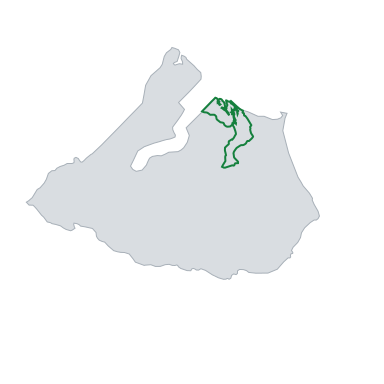 Senegal, with Fatick highlighted, rotated 134°
{"feature_id": "SEN-764", "entity_name": "Fatick", "entity_type": "Region", "adm_level": 1, "iso_a3": "SEN", "parent_name": "Senegal", "parent_adm1": "", "projection": "equal_earth", "projection_center": [-16.406, 14.163], "detail": "fine", "context": "in_parent", "style": "outline", "palette": "green", "viewbox_px": 384, "rotation_deg": 134, "n_neighbors": 0, "source": "natural_earth", "source_scale": "10m", "svg_char_len": 7042}
<svg xmlns="http://www.w3.org/2000/svg" viewBox="0 0 384 384"><g transform="rotate(134 192 192)"><path d="M278.0,175.4L281.8,184.0L281.0,188.1L280.2,194.1L282.4,198.5L284.9,201.3L286.7,204.0L288.6,207.6L289.0,214.8L288.7,220.0L290.0,222.3L291.1,225.3L290.9,227.8L290.2,230.0L287.8,232.9L287.4,238.3L291.4,244.8L293.9,248.4L293.9,250.4L294.6,252.6L296.4,255.3L297.5,254.6L298.8,252.5L299.3,251.0L302.7,251.7L304.2,252.4L306.4,256.6L307.2,259.5L307.7,263.1L310.0,267.5L312.0,270.7L312.4,272.6L314.1,275.3L313.1,281.2L313.2,284.2L312.1,292.2L311.9,295.9L312.0,297.3L314.6,300.1L314.4,304.1L311.7,303.4L307.0,303.0L297.7,305.1L294.5,304.2L288.3,304.5L284.0,305.6L278.4,308.2L274.1,307.6L271.8,305.5L268.7,305.7L265.3,304.6L261.6,302.6L258.2,301.6L254.6,297.9L252.9,297.3L251.7,298.2L250.7,299.5L249.6,300.2L247.7,299.5L246.9,297.1L247.5,294.7L247.7,292.8L246.8,291.8L244.5,291.5L241.0,291.5L235.2,290.8L233.9,290.3L221.0,289.7L207.6,289.6L196.2,289.5L181.9,289.5L171.9,289.4L162.5,289.4L155.2,294.2L147.4,299.5L136.8,302.3L124.7,301.3L120.8,302.1L116.8,304.4L113.8,306.1L109.6,307.1L104.2,306.3L102.0,306.8L100.7,304.4L99.1,300.5L100.1,297.6L103.4,295.8L108.4,293.4L111.0,294.6L112.5,294.7L112.8,293.1L112.3,292.3L108.5,290.2L106.6,287.5L105.0,289.1L103.6,292.5L102.4,293.5L100.8,294.4L99.8,292.1L99.4,289.9L100.2,288.1L99.8,278.4L100.2,273.3L100.0,268.7L102.3,265.8L104.6,263.9L113.2,263.7L121.3,263.6L129.1,263.7L137.0,263.8L137.8,254.8L140.3,254.0L144.0,253.1L151.0,252.0L158.8,251.0L160.5,249.2L161.8,246.2L162.6,243.5L164.2,242.4L166.4,243.3L169.2,244.7L172.2,246.9L175.6,248.9L177.9,250.1L183.3,253.3L192.6,257.8L200.2,259.5L209.5,256.3L216.1,254.2L216.9,250.3L215.9,246.5L210.9,243.1L204.2,243.5L202.1,244.4L199.0,245.5L197.1,246.0L193.9,245.2L189.8,242.2L187.3,239.2L183.7,237.7L179.5,236.3L172.7,230.1L169.2,229.0L165.9,228.7L159.5,229.9L153.2,233.2L149.9,240.8L143.6,240.7L130.3,240.4L118.1,240.2L108.0,240.7L107.0,235.2L104.6,230.9L100.7,227.2L99.9,223.7L101.2,220.7L104.9,218.2L105.8,216.5L103.8,216.7L100.9,218.3L98.9,218.4L98.7,213.6L95.4,207.5L91.7,197.1L87.5,192.8L84.0,184.4L80.3,181.1L76.9,179.6L74.0,179.9L73.0,183.8L69.4,178.3L74.3,176.3L84.8,169.3L96.9,149.5L107.7,126.0L109.1,120.5L110.4,116.3L111.3,106.7L112.8,101.0L114.3,99.9L116.1,95.5L118.3,87.9L120.8,83.6L123.6,82.8L125.8,83.1L127.4,84.7L131.9,85.7L139.5,86.1L145.3,84.9L149.4,82.3L154.8,80.9L161.5,80.9L165.0,79.8L165.4,77.6L166.2,76.9L167.6,77.8L169.0,77.4L170.2,75.9L171.4,75.8L172.6,77.1L178.3,77.5L188.3,77.0L197.5,81.0L206.0,89.6L210.4,95.3L210.7,98.2L212.1,101.1L214.7,104.0L217.0,104.5L219.1,102.7L220.8,102.9L222.0,105.1L224.4,105.6L227.1,104.2L229.0,104.7L229.3,106.0L229.8,106.7L231.1,107.0L232.9,108.7L235.3,113.3L237.4,119.7L239.0,127.8L241.0,132.3L243.6,133.0L245.1,134.7L245.4,136.6L246.1,138.0L247.3,138.7L249.5,138.2L252.0,141.0L254.8,147.0L255.2,149.7L254.8,151.2L255.0,152.2L256.8,153.3L258.5,155.2L259.9,158.2L262.9,160.8L267.5,163.1L270.9,166.5L272.9,171.1L277.2,174.9L278.0,175.4Z" fill="#d9dde1" stroke="#a8b0b8" stroke-width="1"/><path d="M115.3,209.6L113.4,209.5L112.3,209.0L112.4,207.8L111.7,208.3L111.5,209.0L111.6,209.8L112.1,210.4L111.6,210.7L111.2,210.7L110.8,210.5L110.3,210.4L110.0,210.5L109.8,210.9L109.7,211.4L109.6,211.9L108.6,214.2L108.2,214.8L107.8,215.0L107.0,215.3L106.5,215.7L106.2,216.3L105.7,217.6L105.3,218.1L104.4,218.5L103.5,218.3L102.7,217.9L101.7,217.7L102.6,215.5L102.7,215.2L103.3,214.9L104.4,213.3L103.9,213.5L103.4,214.5L102.9,214.8L102.1,214.8L101.7,214.9L101.4,215.2L101.9,215.9L101.9,216.4L101.2,217.4L101.1,217.8L101.0,218.6L100.8,219.0L100.0,220.2L99.8,220.7L99.6,222.2L99.8,227.2L99.5,227.2L99.3,217.0L99.1,215.4L98.5,212.9L98.1,211.9L98.4,211.5L99.6,211.0L99.7,210.8L99.8,210.5L99.7,210.3L99.5,210.0L99.4,209.8L99.4,209.3L99.5,209.1L100.6,207.9L100.7,207.5L100.7,207.2L100.4,206.8L100.3,206.7L100.2,206.4L100.7,203.3L102.7,195.8L102.9,195.7L103.1,195.6L104.4,195.5L104.6,195.5L104.8,195.3L105.0,195.2L105.5,194.3L105.8,194.0L106.0,193.9L106.4,193.7L106.8,193.4L107.4,192.5L108.5,190.7L108.7,190.3L109.0,189.2L109.3,187.6L109.7,186.6L110.2,186.4L112.0,186.2L115.4,186.4L115.8,186.5L116.0,186.7L116.3,187.0L116.5,187.3L116.8,187.5L117.1,187.6L117.4,187.6L119.5,187.0L119.9,187.0L121.2,187.2L122.5,187.7L122.9,188.0L123.4,188.4L123.9,189.0L124.2,189.2L124.8,189.5L129.1,190.5L129.7,190.5L133.0,190.0L134.4,189.6L135.4,189.0L135.5,188.8L137.7,186.0L137.8,185.8L137.9,185.5L138.0,184.9L138.2,180.4L138.2,180.1L138.3,179.9L138.5,179.6L139.2,179.1L139.3,179.0L141.3,180.8L142.2,180.7L143.3,180.2L144.0,180.3L144.9,181.6L146.2,182.3L151.5,185.1L152.4,186.1L153.0,187.9L151.5,188.4L149.4,188.9L147.4,189.3L146.5,189.5L145.7,190.4L143.8,192.4L142.9,193.0L141.9,193.1L140.3,195.5L139.4,197.0L138.4,198.0L137.1,199.1L134.1,199.0L132.2,198.8L131.4,199.3L130.6,200.3L129.8,200.7L126.4,199.9L126.2,199.7L126.2,199.4L125.9,199.4L123.8,199.6L121.4,200.3L120.1,200.5L119.8,200.7L119.3,201.2L118.2,202.9L116.2,206.8L115.8,208.6L115.3,209.6L115.3,209.6ZM127.0,240.8L125.4,240.8L122.9,240.8L120.4,240.8L118.0,240.8L115.5,240.8L113.0,240.8L110.5,240.7L108.0,240.7L107.6,239.9L107.4,239.4L107.5,237.9L108.2,237.0L109.2,236.4L110.2,235.3L110.0,235.2L109.5,234.8L109.3,234.6L109.8,234.0L110.2,233.2L110.1,232.5L109.3,232.4L109.4,233.3L109.2,234.3L108.8,235.0L108.2,235.0L108.0,236.1L107.3,236.8L106.6,237.1L105.8,236.8L105.1,235.9L104.9,234.9L105.2,232.8L105.3,231.4L105.4,230.9L105.8,230.2L107.2,228.0L107.5,227.2L107.7,227.4L108.3,227.8L108.5,228.0L108.4,227.8L108.2,226.9L109.6,226.6L109.7,227.6L110.0,228.6L110.4,229.2L111.0,229.1L110.7,227.9L110.6,226.5L110.5,225.4L109.9,225.1L110.1,224.3L110.9,219.3L111.0,218.5L110.1,220.2L109.8,221.2L109.5,223.4L109.1,224.7L108.5,225.6L108.0,225.4L107.7,225.4L107.3,226.1L106.6,226.4L105.8,226.6L105.0,226.9L104.6,227.4L104.4,227.8L104.4,228.2L104.2,228.7L103.9,229.0L103.5,229.3L103.2,229.6L102.8,230.6L102.5,231.0L102.1,230.7L102.0,230.2L102.0,229.6L101.9,229.0L101.6,228.7L101.1,228.3L100.8,227.2L100.9,226.1L101.2,225.4L100.9,224.7L100.8,223.9L100.6,222.1L100.7,221.2L100.8,220.7L101.1,220.3L102.0,219.4L102.4,219.2L102.9,219.1L104.1,219.3L104.7,219.5L105.1,220.0L105.0,220.7L105.6,220.0L106.0,219.2L106.6,218.8L107.5,219.2L107.4,218.0L107.8,217.5L108.3,217.2L108.8,216.6L108.3,216.8L107.8,217.0L107.3,216.9L106.9,216.3L108.7,214.8L109.3,214.1L110.4,212.4L110.9,211.8L112.2,211.3L112.8,210.2L113.3,210.0L113.6,210.2L114.0,210.6L114.3,210.8L114.7,210.6L114.9,210.3L115.6,209.9L118.1,210.0L118.3,210.1L118.6,210.2L118.8,210.5L119.9,211.4L120.5,212.0L120.8,212.5L121.0,213.0L121.2,214.2L121.2,214.9L121.2,215.5L121.0,215.9L120.6,216.7L120.5,217.1L120.5,217.5L121.3,218.9L121.8,219.5L122.1,220.0L122.5,223.7L122.5,224.1L122.5,224.5L122.4,224.9L122.2,225.3L121.7,226.1L121.1,226.7L120.9,227.1L120.8,227.4L120.8,227.8L120.8,228.6L120.8,229.1L120.9,229.5L121.3,230.0L122.6,231.4L123.2,231.9L123.5,232.2L123.8,232.6L123.9,233.4L124.1,235.1L124.3,235.9L124.5,236.4L124.8,236.9L126.1,238.5L126.6,239.4L126.9,240.4L127.0,240.8L127.0,240.8Z" fill="none" stroke="#15803d" stroke-width="2"/></g></svg>